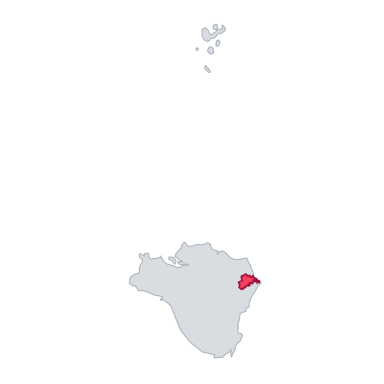 Eloy Alfaro, Esmeraldas, Ecuador shown in context, rotated 88°
{"feature_id": "8360857B46981965589636", "entity_name": "Eloy Alfaro", "entity_type": "district", "adm_level": 2, "iso_a3": "ECU", "parent_name": "Ecuador", "parent_adm1": "Esmeraldas", "projection": "orthographic", "projection_center": [-78.985, 0.866], "detail": "fine", "context": "in_parent", "style": "filled", "palette": "rose", "viewbox_px": 384, "rotation_deg": 88, "n_neighbors": 0, "source": "geoboundaries", "source_scale": "gbopen_adm2", "svg_char_len": 8138}
<svg xmlns="http://www.w3.org/2000/svg" viewBox="0 0 384 384"><g transform="rotate(88 192 192)"><path d="M358.1,158.1L356.9,158.8L354.2,159.1L351.9,158.4L351.1,158.4L351.0,159.1L353.8,161.0L355.2,164.3L357.2,166.3L358.5,167.3L358.6,168.0L358.2,169.3L358.1,170.4L358.8,175.4L358.3,175.7L356.8,175.7L355.5,174.8L352.2,187.2L341.6,199.5L329.5,208.3L315.6,213.4L305.4,216.9L303.8,218.2L298.8,224.4L298.5,225.0L299.2,226.1L299.3,226.8L298.5,227.2L297.9,227.2L297.6,226.9L297.4,226.2L296.7,225.4L295.9,225.2L295.5,225.4L295.4,226.1L294.4,229.4L294.3,231.0L293.9,231.7L293.9,233.1L292.9,234.5L292.1,236.7L291.3,237.4L290.2,240.9L288.6,244.3L288.5,245.5L289.0,246.3L289.2,247.0L288.5,249.1L284.9,251.2L284.0,252.2L283.6,253.4L283.8,254.3L283.7,255.2L282.6,255.5L281.4,257.4L280.5,257.9L278.3,257.2L276.6,257.2L275.3,256.6L272.8,253.3L271.8,251.3L271.6,248.7L269.1,246.9L265.8,247.4L264.8,246.8L262.4,245.6L260.4,244.3L258.8,243.7L257.6,244.0L255.7,246.2L253.9,247.1L253.0,247.1L251.9,246.4L251.7,245.7L254.5,241.9L252.4,241.8L251.7,241.0L251.6,240.1L251.3,239.1L251.7,237.9L252.7,237.2L254.4,237.7L255.5,237.8L256.2,236.6L257.7,235.7L258.0,235.2L257.2,233.3L257.0,232.3L257.2,231.8L257.2,229.8L256.7,229.0L256.6,227.9L256.2,227.3L256.1,225.9L255.0,225.2L258.4,223.9L259.6,222.9L261.1,221.9L262.4,220.5L263.2,219.1L265.3,212.7L267.2,208.7L266.8,206.7L265.3,204.1L264.9,200.3L265.1,199.1L264.9,198.2L263.8,199.8L264.1,205.5L263.2,208.0L261.9,208.7L261.0,208.2L261.5,204.1L260.6,204.8L259.0,207.6L256.6,209.7L256.4,210.4L255.8,211.3L253.9,210.5L252.4,209.6L247.6,204.9L244.5,204.0L242.6,202.3L242.2,201.6L242.0,200.7L243.9,199.7L245.9,198.4L246.1,195.5L246.0,193.2L244.6,189.3L245.2,184.2L244.9,182.2L243.2,178.0L244.4,175.9L248.9,174.3L250.3,173.3L251.3,169.9L252.3,167.9L254.3,168.7L255.8,168.6L253.7,167.9L252.0,164.8L251.8,163.5L255.0,159.3L256.8,158.2L258.9,156.1L260.7,152.7L261.1,147.5L260.4,143.8L259.8,139.9L260.9,138.8L263.6,138.3L265.8,137.1L266.9,135.9L269.5,136.1L272.6,134.2L277.4,133.3L284.1,131.2L285.6,129.4L285.0,126.1L287.5,128.1L288.6,129.7L292.1,131.4L296.2,134.5L298.8,136.1L301.8,137.5L306.0,139.0L308.6,138.8L309.7,141.1L310.7,141.8L313.2,142.6L313.4,142.9L314.4,147.2L314.9,147.9L317.0,148.5L319.6,148.8L320.7,148.7L322.9,149.9L326.5,150.8L327.7,151.0L328.3,150.8L328.5,150.3L329.6,150.4L331.1,151.0L333.3,151.1L334.7,150.6L335.0,148.2L335.5,147.6L337.1,146.7L337.9,146.9L342.1,148.8L342.9,149.5L344.0,150.8L345.9,152.8L348.0,154.1L351.3,154.6L354.4,156.7L358.1,158.1ZM32.9,155.0L34.1,156.3L34.8,160.1L38.8,164.1L39.3,166.3L39.0,167.3L39.1,167.7L41.1,169.3L42.3,170.9L40.2,174.8L35.7,176.4L30.9,176.3L30.0,175.9L28.7,174.4L28.4,173.1L29.2,171.9L31.6,170.0L35.4,168.3L35.9,167.0L34.4,165.7L33.3,163.2L30.9,161.4L29.7,156.0L28.9,155.7L27.3,156.5L26.5,155.8L26.4,155.5L28.1,154.2L28.5,153.4L31.1,152.9L32.2,153.7L32.9,155.0ZM51.7,171.4L50.6,171.4L47.5,169.4L47.7,167.5L48.9,166.2L53.0,165.5L54.7,166.7L54.5,169.1L53.1,170.8L52.0,171.1L51.7,171.4ZM259.0,216.7L258.6,217.5L256.6,217.4L256.1,217.2L256.5,213.4L257.1,212.2L258.7,211.1L260.0,210.5L261.7,210.6L263.5,211.7L261.4,213.6L259.7,214.1L259.0,216.7ZM29.8,164.9L27.8,165.3L26.1,164.6L25.4,163.5L25.2,161.9L25.4,161.3L29.1,160.7L30.3,162.1L30.3,164.1L29.8,164.9ZM70.1,174.3L67.7,175.1L66.4,174.3L66.3,173.8L67.6,172.5L68.8,171.9L70.0,170.4L72.1,169.6L72.7,169.8L73.1,170.1L73.3,170.5L72.6,171.7L71.3,172.5L70.1,174.3ZM46.8,162.4L45.9,163.0L42.1,162.3L41.0,161.1L41.9,159.5L42.7,158.8L45.0,159.4L47.3,161.3L46.8,162.4ZM49.9,183.0L49.1,183.0L48.0,182.1L48.8,180.6L50.4,181.4L50.8,182.0L49.9,183.0ZM283.9,130.3L282.8,130.4L282.2,129.5L283.7,128.3L284.1,128.1L283.9,130.3Z" fill="#d9dde1" stroke="#a8b0b8" stroke-width="1"/><path d="M291.0,146.2L291.1,145.6L290.7,145.6L290.7,144.7L290.4,144.4L290.5,144.3L290.3,144.2L290.0,144.1L290.1,143.7L289.8,143.7L289.5,143.5L289.4,142.6L289.2,142.8L289.1,142.5L289.0,142.3L288.8,142.4L288.6,142.0L288.6,141.9L288.8,142.0L288.6,141.6L288.2,141.2L287.9,141.4L287.8,141.2L287.8,140.9L287.6,140.8L287.5,140.6L287.4,140.5L287.6,140.4L287.4,140.0L287.5,139.7L287.7,139.4L287.8,139.1L287.6,138.9L287.9,138.8L287.9,138.7L287.7,138.7L287.5,138.3L287.3,138.6L286.9,138.6L286.7,138.7L286.7,138.4L286.5,138.1L286.6,137.8L286.3,138.0L286.2,137.8L285.9,137.9L285.6,137.7L285.3,137.8L285.3,137.4L284.8,137.3L284.9,136.9L285.1,136.8L284.9,136.4L284.8,135.9L285.4,135.8L285.4,135.3L285.7,135.1L285.4,134.8L285.5,134.6L284.0,134.0L283.8,133.7L283.6,133.8L283.6,134.0L283.0,134.1L282.8,134.0L282.7,133.7L282.4,133.8L282.5,133.3L282.5,133.0L282.2,133.0L282.3,133.0L282.1,132.8L282.0,132.0L281.7,132.1L281.8,131.9L282.0,131.9L281.8,131.8L281.8,131.6L281.7,131.4L281.4,131.4L281.5,131.5L281.4,131.5L281.4,131.4L281.5,131.4L281.0,131.0L281.0,130.9L279.4,133.1L278.6,133.6L277.9,133.7L277.7,133.9L277.7,134.2L277.9,134.4L279.0,134.6L279.6,135.3L279.4,135.4L278.9,136.4L278.5,136.3L278.1,136.6L277.9,136.9L277.4,137.1L277.4,137.4L277.7,137.4L277.9,137.7L277.6,138.4L278.0,138.7L278.2,139.1L278.0,139.3L277.4,139.4L277.3,139.8L277.0,139.8L276.9,140.1L276.7,140.2L276.2,140.8L276.1,141.1L275.9,141.1L276.0,141.3L276.0,141.9L276.2,142.0L276.3,142.3L276.6,142.3L276.9,142.9L277.3,143.3L277.3,143.6L277.7,143.9L277.6,144.1L277.3,144.2L277.5,144.5L277.4,144.8L277.5,145.2L278.1,145.3L278.1,145.6L278.3,145.7L278.9,145.5L279.3,145.8L279.6,145.6L280.5,145.5L280.7,145.3L281.2,145.3L281.5,145.1L281.6,144.9L282.0,144.8L282.5,145.4L282.6,146.1L283.4,147.2L283.4,148.0L283.7,148.6L285.1,148.3L285.6,148.1L285.9,147.7L286.1,147.6L286.5,147.7L287.3,147.7L287.8,147.7L288.1,147.8L288.2,148.1L288.5,148.2L289.1,148.2L289.4,147.8L290.0,147.4L290.1,146.7L290.5,146.4L291.0,146.2ZM284.2,128.0L284.1,127.8L283.6,128.3L283.5,128.6L283.4,128.8L283.2,128.9L283.2,129.1L283.2,129.3L283.1,129.2L283.1,129.3L283.2,129.1L283.4,128.5L282.6,129.5L282.4,129.9L282.5,129.9L282.6,129.7L282.7,129.4L282.6,130.0L282.7,129.9L283.1,129.8L283.0,129.7L283.0,129.8L283.3,130.0L283.3,129.9L283.2,129.8L283.2,129.7L283.4,129.7L283.5,129.3L283.6,129.2L283.6,128.9L283.5,129.1L283.4,129.5L283.2,129.8L283.3,129.9L283.3,130.0L283.4,129.7L283.5,129.6L283.8,129.8L283.9,129.7L283.8,129.8L283.7,129.8L284.0,130.0L283.8,130.0L283.7,130.0L283.8,130.2L284.0,130.2L283.8,130.2L283.9,130.4L284.0,130.4L283.9,130.4L284.0,130.2L284.0,130.3L284.1,130.0L284.3,129.8L284.6,129.8L284.3,129.5L284.5,129.2L284.3,128.9L284.3,129.1L284.2,129.3L284.1,129.2L284.0,129.3L284.1,129.5L284.0,129.3L284.0,129.1L283.8,129.4L283.9,129.6L283.8,129.4L283.8,129.2L284.1,128.8L283.9,128.9L283.9,129.0L283.9,128.9L284.0,128.8L284.0,128.6L284.3,128.2L284.0,128.1L284.1,128.3L283.8,128.8L284.1,128.3L284.0,128.1L283.9,128.0L284.0,128.0L283.9,128.1L284.0,128.0L284.0,127.9L284.2,128.0ZM282.0,131.1L281.9,131.2L282.1,131.6L282.3,132.6L282.9,132.7L283.0,132.4L282.7,132.3L282.7,132.2L282.9,132.0L283.2,132.0L282.9,131.6L283.4,131.4L283.1,131.2L282.9,131.2L282.7,131.3L282.7,131.1L282.4,131.2L282.2,131.2L282.2,131.3L282.3,131.4L282.2,131.4L282.2,131.2L282.1,131.3L282.0,131.1ZM282.0,130.0L281.3,130.5L281.5,130.4L281.1,130.6L281.9,131.2L282.0,131.0L281.9,130.9L282.0,130.8L281.9,130.7L281.8,130.8L281.7,130.8L281.8,130.7L281.7,130.7L282.5,130.4L282.2,130.2L282.1,130.3L281.9,130.5L282.0,130.5L281.9,130.5L281.7,130.6L281.9,130.5L282.0,130.5L281.9,130.5L281.9,130.3L282.0,130.3L282.1,130.2L281.7,130.4L282.1,130.2L281.9,130.1L282.2,130.1L282.0,130.0ZM282.4,130.5L282.0,130.7L282.1,130.8L281.9,130.9L282.1,131.0L282.3,131.1L282.5,131.1L282.9,130.9L282.7,130.8L282.8,130.8L282.4,130.5ZM283.7,129.8L283.5,129.7L283.5,129.8L283.5,129.7L283.4,129.9L283.3,130.0L283.1,129.9L282.8,130.0L282.8,130.3L283.3,130.4L283.5,130.1L283.6,129.9L283.7,129.8ZM284.3,128.4L284.1,128.6L284.1,128.8L284.0,129.1L284.2,129.3L284.3,129.1L284.2,129.0L284.3,128.9L284.4,129.0L284.3,128.4ZM282.3,132.9L282.4,132.7L282.1,132.0L282.2,132.7L282.3,132.9ZM282.2,131.9L282.1,131.6L282.2,131.9ZM282.0,131.8L281.9,131.7L281.9,131.8L282.0,131.8ZM282.8,131.1L282.7,131.0L282.8,131.1ZM283.7,130.0L283.8,130.0L283.7,129.9L283.7,130.0ZM281.8,131.6L281.7,131.5L281.8,131.6ZM281.7,131.4L281.8,131.4L281.7,131.3L281.7,131.4Z" fill="#f43f5e" stroke="#9f1239" stroke-width="1.5"/></g></svg>